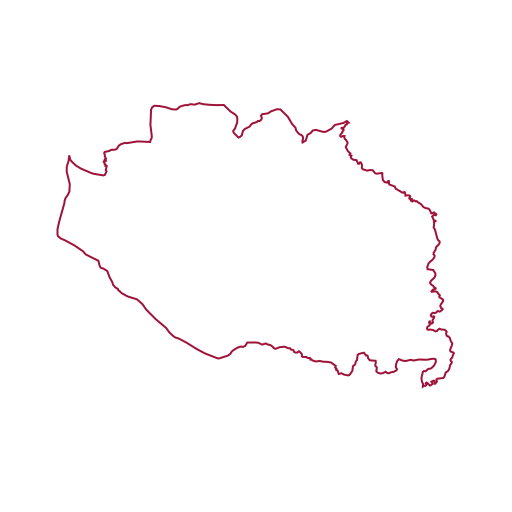 outline of Restrepo, Valle del Cauca, Colombia, rotated 254°
{"feature_id": "7082276B97721102897015", "entity_name": "Restrepo", "entity_type": "district", "adm_level": 2, "iso_a3": "COL", "parent_name": "Colombia", "parent_adm1": "Valle del Cauca", "projection": "natural_earth1", "projection_center": [-76.549, 3.81], "detail": "fine", "context": "isolated", "style": "outline", "palette": "rose", "viewbox_px": 512, "rotation_deg": 254, "n_neighbors": 0, "source": "geoboundaries", "source_scale": "gbopen_adm2", "svg_char_len": 6112}
<svg xmlns="http://www.w3.org/2000/svg" viewBox="0 0 512 512"><g transform="rotate(254 256 256)"><path d="M206.5,151.6L202.0,154.3L199.9,156.0L198.1,158.8L192.0,165.2L183.0,173.3L176.6,179.9L168.4,190.6L167.7,192.1L168.0,201.6L169.1,204.5L170.7,206.2L171.6,208.0L173.0,212.8L173.1,216.4L172.2,218.7L172.5,220.7L175.2,223.8L173.0,231.7L171.9,234.4L169.2,237.4L169.2,241.4L168.0,242.5L166.2,245.5L163.9,247.2L162.6,247.6L161.4,249.2L161.8,253.8L161.0,258.3L160.3,259.5L158.7,261.1L157.9,263.3L156.6,263.7L155.2,266.0L153.2,266.2L152.2,267.5L151.8,269.3L152.6,270.6L152.4,271.3L149.5,272.9L148.5,273.0L147.0,272.5L146.1,273.0L145.2,276.4L143.6,277.7L143.1,279.7L142.6,280.0L141.5,279.7L141.2,280.9L140.3,281.2L138.2,284.2L137.5,288.4L135.8,291.6L134.6,295.3L133.0,298.7L128.3,302.4L127.0,301.4L125.8,302.2L125.6,301.8L124.8,302.1L124.4,301.7L123.1,302.9L119.8,303.0L119.7,305.9L117.8,307.8L115.9,311.4L115.8,312.9L116.2,313.6L119.1,317.0L123.3,318.8L124.5,321.5L126.7,322.6L128.2,324.4L132.8,326.4L133.5,327.8L133.4,332.2L133.2,333.2L130.1,334.2L130.0,335.2L129.2,335.8L126.9,335.6L124.4,336.6L122.3,342.1L120.2,341.7L118.5,340.6L117.1,340.5L116.4,341.2L115.4,341.4L112.1,339.9L111.4,340.1L109.8,341.4L108.7,343.4L108.4,345.7L109.0,348.7L107.3,349.9L106.7,351.3L107.0,353.8L106.7,356.4L107.4,359.5L108.3,360.3L110.5,359.8L112.6,360.4L115.8,362.5L117.5,364.8L114.9,368.3L113.8,370.8L113.6,376.0L112.1,378.7L111.6,384.1L109.2,391.5L108.6,397.2L108.0,399.1L107.2,400.2L104.8,399.8L101.8,397.2L99.7,393.5L99.9,390.2L98.5,387.3L99.1,385.7L98.7,384.5L92.9,381.3L89.3,380.9L87.0,381.3L84.4,380.4L84.9,381.9L84.5,383.0L84.9,384.0L85.5,384.5L86.8,384.0L87.4,384.9L86.5,385.9L83.6,387.4L83.5,388.0L84.3,390.4L85.3,390.5L86.8,389.9L87.3,392.2L86.8,393.1L84.0,392.5L83.8,393.0L85.3,395.2L87.7,395.5L88.0,397.0L87.1,402.2L87.3,402.8L88.0,403.8L91.7,406.2L92.4,408.4L93.2,409.7L94.7,411.0L97.3,412.3L99.4,414.7L100.4,415.0L101.4,414.3L102.6,414.3L103.4,415.0L104.2,416.6L105.9,417.5L107.9,419.4L108.7,419.2L110.6,416.7L111.4,416.5L112.7,417.0L116.3,419.8L117.8,420.6L121.0,419.7L123.5,419.8L125.7,418.8L126.1,417.7L127.1,417.3L129.1,417.3L130.6,418.4L131.5,418.1L133.1,417.0L134.3,413.8L135.5,412.4L134.9,410.4L134.0,409.2L134.1,407.7L136.1,405.7L137.3,403.1L137.7,401.0L138.0,400.6L139.3,400.4L140.7,401.3L141.4,403.7L142.3,404.1L144.5,404.1L145.3,404.8L145.2,405.2L143.5,405.4L142.7,405.9L142.7,406.8L143.4,407.8L145.5,407.9L147.5,410.0L148.6,410.6L149.1,410.2L149.0,408.7L149.5,407.9L150.7,407.6L152.1,408.8L152.7,410.2L151.9,412.2L151.9,413.4L153.0,415.4L151.9,417.3L152.8,420.0L153.4,420.8L154.0,420.7L155.3,419.4L157.3,419.4L158.7,420.5L160.9,423.3L162.5,423.8L165.7,421.0L166.6,421.0L167.6,421.9L170.1,420.5L171.2,420.5L172.5,419.0L173.1,415.1L173.6,414.9L174.8,416.6L175.1,419.7L175.7,419.8L176.8,418.6L178.3,418.2L180.3,416.5L182.3,415.9L184.0,417.5L186.1,421.6L188.0,423.2L190.1,423.6L193.7,422.5L196.0,417.3L197.8,417.4L201.0,419.5L202.3,421.3L203.7,424.6L205.4,426.9L206.9,427.8L207.7,427.7L208.7,427.1L210.2,427.7L212.5,430.3L214.8,431.5L216.7,434.9L218.1,436.2L219.5,436.5L220.9,435.5L222.7,435.1L232.0,435.3L234.3,434.6L238.0,436.2L239.7,436.3L240.1,436.9L239.9,438.1L240.2,438.3L241.6,436.8L245.4,436.2L246.5,438.6L245.6,440.1L246.3,440.9L248.9,439.0L248.4,436.8L248.8,436.2L251.7,435.9L253.9,435.0L255.3,432.3L256.8,430.5L260.5,428.8L263.2,426.3L264.4,425.7L264.5,424.5L265.9,423.3L265.3,421.3L266.1,420.4L266.9,420.2L267.1,421.5L267.8,421.6L268.8,419.3L269.3,419.2L270.7,420.7L271.5,420.5L272.5,418.9L272.8,416.3L275.2,416.7L276.4,416.5L276.7,415.8L276.2,414.8L276.7,414.1L282.2,408.8L284.6,408.5L287.9,404.0L289.2,403.5L289.7,404.1L291.5,404.3L291.6,403.8L290.6,401.9L291.5,400.1L294.1,398.9L299.3,399.7L300.5,400.3L301.1,400.0L301.9,394.4L302.7,393.4L306.3,391.8L307.3,388.9L307.4,386.5L309.9,382.6L311.4,382.0L314.4,383.0L317.1,382.5L317.4,381.9L316.2,380.3L316.5,379.6L320.5,379.0L321.6,376.2L323.8,374.4L324.9,374.3L326.1,375.4L327.5,373.8L328.6,375.0L331.2,373.3L336.0,372.3L338.7,374.8L339.9,375.3L342.9,374.5L344.2,373.6L345.9,373.6L346.9,374.2L347.4,373.1L347.1,370.7L347.8,370.0L348.5,370.1L349.5,370.7L351.0,373.2L351.9,373.4L353.0,375.0L353.8,375.0L355.1,373.4L355.5,373.6L355.3,375.7L355.9,376.9L357.4,378.2L357.5,379.6L358.7,380.1L358.6,381.8L360.7,380.6L359.8,376.8L360.2,367.8L357.6,363.8L356.3,358.0L356.3,356.5L357.0,354.4L360.7,348.4L361.0,345.2L359.2,342.5L358.3,338.9L353.3,335.7L352.3,332.1L353.5,332.2L356.2,333.7L358.1,333.9L359.7,333.1L361.0,331.4L363.3,330.1L365.7,329.2L368.4,329.3L372.9,327.1L381.3,324.9L390.2,319.8L391.3,316.5L390.9,310.2L389.8,307.0L390.6,301.0L389.4,299.4L387.1,299.7L386.2,299.2L385.1,297.8L384.8,296.7L385.2,295.0L384.5,293.6L384.5,289.3L383.9,287.8L382.1,285.4L381.2,280.3L379.8,277.9L376.0,275.7L374.9,273.7L374.7,271.8L380.5,268.6L381.6,268.4L382.7,268.7L384.3,270.9L389.5,274.7L392.8,275.8L395.3,276.1L397.9,274.9L401.7,271.5L410.0,266.7L412.1,259.0L414.3,252.6L416.5,247.1L418.6,243.5L418.4,238.8L420.0,234.9L419.9,231.8L420.5,229.8L420.7,226.8L420.5,223.8L418.9,220.7L418.9,219.2L420.3,215.5L423.9,210.2L426.8,204.4L428.5,199.5L427.4,197.0L425.6,195.5L411.0,190.6L400.0,188.9L397.8,188.0L396.4,186.5L394.8,185.7L398.8,173.7L400.1,162.9L400.9,161.0L400.7,156.9L400.2,155.4L399.8,154.4L397.6,152.1L397.2,151.0L397.1,149.6L398.0,145.7L397.4,144.0L397.7,139.2L396.7,138.4L394.8,138.6L393.7,138.1L391.1,138.6L390.6,137.3L390.1,137.0L389.4,138.1L388.8,137.9L389.2,136.3L388.5,135.5L387.7,136.1L386.0,135.8L385.4,136.6L384.2,136.0L383.5,137.3L380.2,135.3L378.6,135.7L375.6,133.0L375.5,131.6L379.7,122.7L381.0,120.7L388.3,111.8L392.5,107.9L397.6,104.9L399.7,104.0L404.2,104.2L398.6,101.8L394.2,98.8L389.4,97.3L376.4,96.8L369.4,94.4L366.5,91.8L364.1,88.8L361.7,87.2L359.5,86.3L343.0,76.1L336.3,72.5L331.3,71.1L329.6,71.1L326.5,73.3L324.0,76.4L316.3,84.3L308.4,90.9L304.4,92.8L294.8,103.2L289.9,103.0L287.5,103.5L285.9,105.9L282.5,108.9L275.9,109.4L270.7,110.6L267.8,110.7L264.6,112.1L262.4,114.2L261.6,114.0L257.0,116.9L252.4,121.6L247.2,129.6L241.0,133.6L234.7,135.7L223.1,142.1L211.6,149.8L206.5,151.6Z" fill="none" stroke="#9f1239" stroke-width="2"/></g></svg>